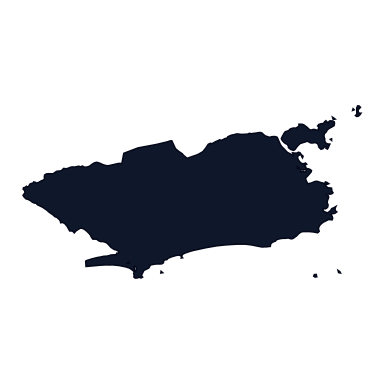 the district of Rio de Janeiro, Rio de Janeiro, Brazil
{"feature_id": "56859067B69544192053781", "entity_name": "Rio de Janeiro", "entity_type": "district", "adm_level": 2, "iso_a3": "BRA", "parent_name": "Brazil", "parent_adm1": "Rio de Janeiro", "projection": "albers", "projection_center": [-43.389, -22.912], "detail": "fine", "context": "isolated", "style": "filled", "palette": "ink", "viewbox_px": 384, "rotation_deg": 0, "n_neighbors": 0, "source": "geoboundaries", "source_scale": "gbopen_adm2", "svg_char_len": 6043}
<svg xmlns="http://www.w3.org/2000/svg" viewBox="0 0 384 384"><path d="M249.4,133.3L247.7,134.1L244.2,134.3L241.0,134.4L239.1,134.1L237.4,133.9L235.7,134.1L234.1,134.7L232.0,135.0L229.5,135.9L227.7,136.9L226.8,138.3L225.0,138.5L223.2,139.5L221.5,140.3L219.6,139.8L217.7,140.8L215.7,141.6L212.0,143.7L210.5,143.3L208.3,144.2L205.7,148.2L204.3,149.8L203.2,151.4L201.3,152.6L198.5,154.2L196.9,154.9L187.1,158.3L183.4,155.2L182.3,153.8L178.6,151.3L175.5,148.7L171.8,140.8L170.0,140.9L168.0,141.7L156.2,144.5L138.0,147.9L123.8,153.3L122.3,161.2L121.7,163.8L120.4,163.4L118.6,163.4L109.5,165.5L107.5,165.8L105.3,165.4L102.9,164.6L100.0,163.3L98.4,162.7L96.6,162.3L94.5,162.8L92.6,163.9L89.5,166.2L87.9,166.8L86.3,167.1L84.4,167.2L82.3,166.0L80.7,166.9L78.8,166.2L74.4,167.1L73.0,166.9L70.9,167.1L68.7,168.0L66.3,168.8L63.7,168.4L61.2,170.8L56.6,171.3L53.0,173.8L48.2,173.7L46.4,173.9L44.6,175.0L44.3,176.7L44.5,179.0L43.5,180.0L41.4,180.8L38.8,182.3L36.7,183.1L35.1,182.2L33.7,181.9L32.9,183.2L31.5,183.4L29.9,184.1L28.9,186.0L27.8,187.1L26.4,186.2L25.3,187.3L23.4,187.8L23.2,189.4L24.4,190.2L25.1,192.5L23.0,195.3L24.3,197.3L26.1,198.9L28.5,199.6L30.5,200.7L32.5,202.3L34.6,203.1L36.3,203.3L37.3,204.7L41.5,206.7L43.0,207.5L44.7,208.7L46.7,210.0L48.1,211.3L49.5,212.5L51.6,213.9L53.3,215.1L54.8,216.6L57.1,217.5L59.1,219.4L60.2,220.7L60.7,222.8L62.5,222.4L64.8,223.6L67.0,226.2L69.7,231.0L71.3,230.9L72.8,231.3L74.3,232.9L76.0,230.9L80.0,228.3L81.9,228.2L83.8,229.0L85.1,229.9L86.7,231.1L89.2,233.6L90.5,235.2L91.4,237.2L92.9,239.2L94.7,239.1L96.7,239.3L99.0,241.0L101.0,241.6L103.2,241.6L105.1,242.2L106.7,242.9L108.2,244.3L111.0,247.4L112.9,248.7L114.5,249.6L116.4,250.0L118.7,251.4L118.7,253.1L116.7,253.2L116.2,254.7L110.9,255.0L108.5,255.8L106.8,256.1L103.6,256.3L99.5,257.2L97.9,257.4L95.4,258.0L91.1,259.1L89.2,259.8L87.2,260.3L85.7,261.1L86.0,266.5L100.4,265.2L106.3,264.9L109.4,265.0L112.6,264.9L118.8,265.5L125.4,266.8L129.3,268.0L131.9,269.7L134.4,271.8L133.6,273.4L134.1,274.9L133.9,277.1L135.2,278.1L137.1,278.0L139.3,277.3L141.1,278.0L142.6,277.1L141.5,276.0L141.9,274.4L143.9,270.4L147.2,268.8L148.8,268.0L149.6,266.6L150.3,265.1L152.3,264.6L154.5,264.2L156.4,264.0L160.7,264.0L162.2,263.7L163.5,262.7L163.5,261.1L164.9,259.8L166.8,259.7L168.0,258.3L171.9,256.7L173.7,256.2L177.0,255.3L179.4,255.1L181.6,256.4L182.5,254.4L184.7,253.2L189.3,251.6L193.1,250.5L206.0,247.7L216.3,245.9L224.6,245.0L230.0,244.6L236.8,244.2L245.3,244.2L249.1,244.6L252.4,245.1L259.8,246.6L261.5,246.9L263.0,247.0L264.5,246.8L265.9,246.9L270.3,246.4L270.7,243.9L272.2,242.5L273.9,241.6L275.5,241.1L276.3,239.9L278.4,239.1L281.2,238.5L283.7,238.3L285.8,238.3L287.5,238.0L289.0,238.1L290.3,238.7L292.0,238.8L293.3,238.3L296.7,235.8L298.8,233.5L301.4,231.9L303.1,231.6L309.6,231.6L313.5,232.0L317.6,232.8L319.2,231.4L318.4,228.6L319.2,226.2L320.6,224.4L322.2,223.0L323.7,222.0L328.7,219.5L332.1,219.9L332.7,218.3L332.2,216.2L330.7,214.7L332.4,213.7L334.7,213.4L336.8,211.9L335.1,210.5L335.2,208.0L335.9,206.5L333.5,207.9L331.7,208.6L330.6,210.5L328.8,212.0L327.4,212.9L324.8,211.8L322.9,210.6L323.6,208.4L325.2,208.9L326.5,208.3L327.8,206.9L328.1,204.8L327.1,202.6L327.5,200.6L328.7,197.3L328.3,195.8L326.8,195.8L326.5,194.2L328.0,194.0L330.0,194.2L331.8,193.8L333.0,192.8L332.0,191.2L331.5,188.1L329.8,187.9L328.2,187.9L326.6,186.7L325.0,185.1L324.6,183.5L319.7,182.2L317.7,181.4L315.7,181.3L314.1,181.8L311.1,183.1L307.7,183.7L306.5,181.2L305.7,179.3L305.8,177.8L307.8,175.8L311.1,172.0L311.5,170.5L309.8,169.3L307.8,168.6L306.4,169.4L305.9,167.1L304.5,165.4L306.7,164.2L305.5,163.0L303.7,163.7L301.7,163.5L300.0,162.1L298.7,160.4L297.7,158.4L297.7,156.4L298.8,155.4L301.1,154.4L300.0,152.7L298.4,152.2L296.9,153.1L294.6,153.1L292.6,152.8L293.4,154.5L292.9,156.3L291.6,154.5L287.6,152.5L286.2,151.2L284.3,149.1L282.0,146.9L280.4,144.6L278.8,141.0L278.1,139.3L277.2,137.3L275.8,136.7L273.9,136.5L271.8,136.7L269.5,137.3L265.3,135.9L263.6,134.6L262.1,133.1L260.5,132.5L258.7,132.6L256.6,133.0L251.1,133.7L249.4,133.3ZM306.4,169.4L306.3,171.1L304.2,172.2L303.1,171.2L300.8,172.0L300.6,169.7L302.9,169.6L304.8,169.8L306.4,169.4ZM134.4,271.8L134.4,269.6L134.3,266.4L135.8,266.4L136.4,269.0L135.8,270.6L134.4,271.8ZM297.3,166.8L299.0,168.1L297.4,168.7L297.3,166.8ZM127.4,263.0L128.9,261.7L129.5,263.2L127.4,263.0ZM325.9,120.7L324.5,121.9L323.6,123.5L321.2,123.7L318.7,124.5L317.6,126.0L318.8,126.8L318.4,128.4L318.4,130.0L316.6,130.1L314.9,129.5L313.2,129.4L311.7,129.9L310.0,130.0L308.6,128.8L307.1,127.3L303.9,124.9L302.3,124.3L300.5,124.2L298.9,124.2L299.0,126.0L297.4,127.2L295.9,128.1L293.8,128.0L291.7,128.4L290.2,129.0L288.7,130.5L286.8,131.3L285.4,131.6L284.3,132.9L282.4,136.3L281.3,138.6L282.2,140.5L284.3,142.7L285.5,143.5L287.2,144.4L288.3,145.9L288.5,147.6L289.7,148.7L291.3,149.7L293.6,150.4L295.0,149.5L296.8,147.0L298.2,145.3L300.2,143.5L305.7,141.8L307.1,141.2L308.6,141.8L310.8,143.0L312.8,143.0L314.7,142.6L316.5,143.0L317.9,144.0L319.0,147.4L321.0,149.3L323.1,148.6L324.7,146.6L326.5,146.5L325.9,148.2L327.4,149.1L328.4,147.6L328.8,146.2L329.9,144.1L327.5,143.9L325.5,142.7L324.7,140.8L324.8,138.9L324.1,136.9L324.0,135.2L324.6,133.4L326.2,132.0L327.1,130.2L328.6,128.8L329.9,128.0L331.7,127.1L334.1,125.6L334.5,123.6L334.3,121.9L332.4,121.0L330.9,120.8L329.5,121.0L327.9,122.9L325.9,120.7ZM358.3,111.8L358.1,109.9L360.5,107.3L359.0,105.9L357.6,105.9L356.7,107.8L356.8,114.2L355.4,115.6L356.7,116.5L358.4,116.2L360.1,114.6L361.0,113.2L359.4,113.3L358.3,111.8ZM316.8,276.8L316.2,274.4L314.3,274.6L313.7,276.2L315.1,277.1L316.8,276.8ZM324.6,183.5L326.6,184.5L328.8,183.7L327.0,182.4L325.4,181.9L324.6,183.5ZM339.8,271.6L338.0,270.4L338.6,272.6L340.5,273.0L339.8,271.6ZM301.1,154.4L301.7,156.6L302.5,157.9L303.1,156.2L301.1,154.4ZM335.2,119.1L333.9,118.1L332.5,117.2L333.2,119.5L335.2,119.1ZM162.7,272.7L161.1,271.3L160.8,273.0L162.7,272.7ZM354.2,109.8L353.1,108.7L352.6,110.4L354.2,109.8ZM181.6,256.4L181.2,258.0L182.6,257.8L181.6,256.4ZM331.6,138.8L330.3,139.3L331.6,140.4L331.6,138.8Z" fill="#0f172a" stroke="#020617" stroke-width="1.5"/></svg>